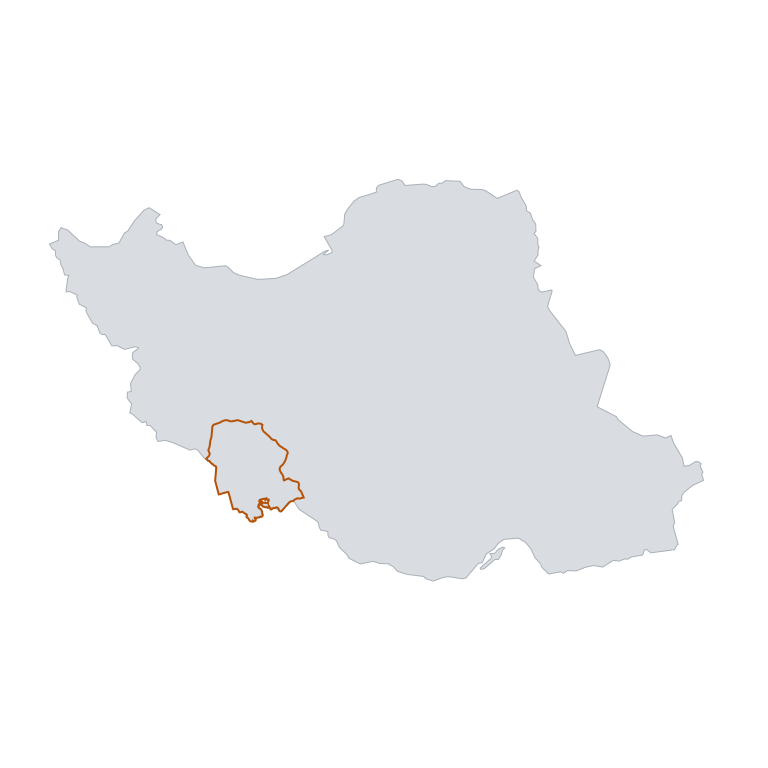 Iran, with Khuzestan highlighted, rotated 344°
{"feature_id": "IRN-3219", "entity_name": "Khuzestan", "entity_type": "Province", "adm_level": 1, "iso_a3": "IRN", "parent_name": "Iran", "parent_adm1": "", "projection": "albers", "projection_center": [48.994, 31.501], "detail": "fine", "context": "in_parent", "style": "outline", "palette": "amber", "viewbox_px": 768, "rotation_deg": 344, "n_neighbors": 0, "source": "natural_earth", "source_scale": "10m", "svg_char_len": 7297}
<svg xmlns="http://www.w3.org/2000/svg" viewBox="0 0 768 768"><g transform="rotate(344 384 384)"><path d="M367.1,225.9L374.7,226.0L388.2,220.6L389.4,219.5L393.1,209.9L397.6,205.5L405.6,200.0L410.8,198.0L429.5,197.5L430.7,193.7L433.7,191.5L454.0,191.1L457.3,193.8L458.9,199.0L476.2,202.5L479.8,203.8L484.3,207.4L487.8,208.2L492.0,206.0L494.8,207.0L499.2,205.5L512.9,210.1L515.2,215.9L517.8,218.4L521.0,220.6L532.0,224.2L535.3,226.6L544.0,236.8L565.3,234.3L566.9,236.5L567.1,241.3L569.8,252.4L568.7,256.7L571.8,260.1L572.2,267.1L573.9,271.9L572.2,279.0L569.8,280.6L571.9,286.5L570.3,292.6L570.8,294.8L568.0,300.1L568.0,302.0L562.2,307.2L567.5,313.5L560.7,314.6L557.0,322.3L559.1,330.7L558.4,335.2L559.3,337.6L561.3,339.2L570.9,339.8L571.3,340.9L562.5,354.5L563.5,359.2L573.4,383.7L573.6,396.4L575.9,409.3L600.6,410.4L603.7,413.3L606.3,420.3L606.8,425.7L606.4,428.6L582.6,464.6L598.4,479.5L599.4,483.1L609.7,498.1L618.6,505.5L632.9,508.3L639.9,513.6L645.7,512.6L646.1,520.8L650.5,537.5L649.7,545.6L654.8,546.5L662.2,544.4L665.1,545.6L666.9,548.2L665.2,550.0L666.3,556.6L664.6,558.3L664.6,564.7L653.3,566.4L643.1,570.5L639.6,573.3L637.9,578.1L634.4,578.1L633.5,580.0L626.4,584.0L625.2,597.2L622.7,600.6L622.6,619.3L620.9,619.7L617.6,623.3L593.8,619.8L591.0,615.6L588.6,615.1L585.6,619.7L573.8,618.4L570.0,619.6L567.4,618.5L561.2,619.0L556.0,616.8L543.6,620.2L535.5,616.3L527.2,615.7L517.1,616.6L508.7,613.9L504.4,615.5L502.3,613.3L489.9,612.0L485.3,604.0L484.9,599.9L481.4,592.9L479.6,582.5L476.3,575.1L470.7,569.2L456.6,566.4L449.5,568.8L444.4,572.8L435.7,575.4L429.2,582.8L425.2,582.5L409.5,592.9L406.0,593.0L393.5,587.2L388.0,586.2L377.0,587.0L370.7,582.9L369.0,579.9L354.4,573.7L345.4,567.9L342.5,562.2L338.5,558.1L329.8,555.0L324.8,551.5L311.5,550.4L302.0,541.6L301.8,538.6L296.1,528.7L295.0,521.5L293.8,519.6L289.1,516.7L288.4,514.7L289.3,510.1L283.3,507.4L282.4,505.1L282.4,498.1L267.9,481.2L265.0,471.8L262.3,471.4L249.8,477.7L246.1,474.2L235.0,468.2L233.5,466.0L236.2,464.8L239.0,465.9L240.7,464.6L240.0,462.6L237.2,461.4L233.5,461.5L234.5,463.4L231.0,465.2L230.2,467.5L231.0,474.6L229.6,476.6L223.7,477.7L220.0,480.0L216.7,477.4L215.8,472.2L213.7,468.9L210.7,467.7L208.4,464.4L204.5,462.7L204.5,444.9L194.9,444.3L195.0,430.8L199.5,417.4L190.5,405.2L186.6,395.8L184.1,394.1L179.4,394.2L163.9,381.4L158.4,378.0L150.9,376.9L150.1,372.5L152.1,367.7L148.7,361.2L147.6,359.3L144.6,358.5L144.9,354.5L140.9,354.6L133.7,343.4L131.6,341.8L136.0,333.6L133.2,326.7L135.2,321.1L139.0,321.5L140.4,313.9L147.4,306.3L153.4,303.1L154.1,300.8L153.0,296.5L149.3,291.1L150.0,286.7L151.2,284.5L157.5,282.2L157.9,281.3L155.0,279.6L144.1,279.2L138.4,273.8L132.9,272.3L130.0,260.7L129.0,259.2L126.5,258.7L124.9,256.6L124.3,248.8L120.6,245.3L117.9,233.8L117.8,231.0L118.9,228.6L113.1,223.4L112.6,215.8L113.9,214.1L107.2,208.4L104.2,208.0L103.9,207.0L109.0,195.5L111.0,192.9L107.0,191.0L107.2,185.2L106.3,180.3L106.9,175.7L104.3,172.3L103.7,170.3L104.9,165.2L102.3,162.6L101.1,157.2L110.9,156.1L113.0,148.0L116.6,144.7L122.5,148.9L130.6,162.6L135.7,166.6L139.4,171.2L157.7,176.4L161.7,175.0L168.0,175.4L176.1,167.4L179.8,166.4L189.2,158.3L200.9,150.9L206.8,149.8L215.4,159.4L210.4,162.3L209.5,164.7L210.1,167.1L214.0,169.5L214.5,172.2L213.1,173.6L208.0,175.0L206.5,177.7L212.1,182.2L214.8,185.9L217.8,186.9L222.4,192.8L229.9,192.0L231.4,206.2L235.6,218.0L243.5,222.9L264.1,226.6L266.4,228.9L269.9,235.3L275.3,239.8L291.5,248.7L309.2,252.7L320.9,252.1L363.7,240.1L367.8,239.9L361.4,242.8L363.9,243.9L369.4,243.6L370.7,242.5L370.8,240.8L367.1,225.9ZM452.2,576.2L449.6,580.5L445.5,584.1L442.2,583.3L429.6,589.1L426.2,589.0L425.6,587.5L439.5,580.8L440.0,579.2L439.0,576.2L443.6,577.2L448.6,574.3L452.8,573.4L454.9,575.0L452.2,576.2Z" fill="#d9dde1" stroke="#a8b0b8" stroke-width="1"/><path d="M210.6,467.8L210.2,467.7L209.9,467.6L209.7,467.3L209.5,467.0L209.3,465.5L209.0,464.8L208.7,464.1L208.2,463.6L207.9,463.4L207.6,463.2L204.5,462.8L204.4,461.7L204.7,445.3L204.6,444.9L204.3,444.7L194.7,444.6L194.9,436.4L195.0,430.5L199.6,418.5L199.8,417.7L199.7,417.0L199.3,416.4L198.2,415.5L197.7,415.0L197.6,414.8L197.5,414.2L197.3,413.8L197.1,413.6L196.6,413.3L196.4,413.0L195.4,411.1L195.2,410.5L195.0,409.9L193.9,409.4L193.5,408.9L192.9,407.4L192.5,406.8L193.2,406.5L196.3,404.6L197.3,402.9L197.0,400.7L197.0,399.0L199.1,396.1L201.8,389.9L203.4,387.7L207.4,377.4L209.0,376.2L216.0,375.8L218.0,375.2L221.1,375.0L224.0,375.9L225.5,377.3L227.3,377.9L233.6,378.5L240.3,383.1L244.3,383.5L246.4,383.0L247.8,386.4L249.3,387.3L251.8,387.1L254.7,388.2L255.9,389.8L255.3,390.7L254.5,393.3L254.7,394.3L255.1,396.3L259.5,403.2L260.5,405.5L261.2,406.4L261.9,406.9L262.3,407.4L263.7,407.8L264.2,408.3L264.6,409.2L265.4,412.0L266.3,414.0L267.2,415.4L268.6,416.7L269.2,417.7L271.7,420.3L272.5,422.2L272.5,423.8L270.9,425.8L269.9,427.8L268.0,430.4L264.6,433.6L262.3,434.6L261.3,435.3L260.6,436.3L260.1,437.4L260.2,439.4L261.6,444.2L261.7,445.6L261.5,446.1L261.4,447.1L261.1,448.2L261.3,449.1L266.3,448.4L267.5,449.9L269.8,452.1L272.6,453.6L274.3,454.8L274.8,456.5L273.2,460.6L273.4,462.3L274.3,463.4L274.9,465.6L275.5,471.0L270.9,470.8L269.2,470.0L266.2,470.5L264.3,471.5L263.5,471.2L262.5,471.1L261.4,471.3L260.3,471.6L251.1,477.6L250.1,478.1L249.1,477.9L248.3,476.7L248.2,476.1L248.2,474.6L247.9,474.0L247.7,473.7L247.5,473.4L247.2,473.2L246.9,473.0L246.7,473.0L246.0,472.9L245.7,473.0L245.1,473.1L244.7,473.2L244.4,473.1L244.0,472.8L243.7,472.7L243.1,472.8L242.0,473.3L241.4,473.4L240.6,473.4L240.3,473.1L240.4,471.7L239.9,471.3L239.8,471.1L239.8,470.9L239.8,470.4L239.8,470.1L239.9,469.9L239.9,469.7L239.6,469.5L239.4,470.0L239.1,470.6L238.7,471.0L238.2,471.1L237.6,470.7L237.4,470.3L237.1,470.0L236.5,469.9L235.9,469.7L233.9,468.5L233.5,468.2L233.3,467.1L232.8,466.4L232.0,466.0L231.1,465.7L231.4,465.2L231.9,465.0L233.1,465.2L233.7,465.2L234.7,464.9L235.2,464.8L235.8,464.9L237.0,465.6L237.4,465.7L238.1,465.8L238.6,466.0L239.0,466.4L239.4,466.9L239.5,466.4L240.1,465.4L241.0,464.3L241.1,464.0L241.2,463.4L240.5,463.5L240.1,463.2L239.8,462.7L239.6,461.5L239.3,461.6L238.8,462.1L238.3,462.5L238.4,462.0L238.4,461.9L238.5,461.8L238.3,461.4L238.1,461.4L237.8,461.7L237.3,461.8L237.2,461.6L236.8,461.2L236.6,461.1L236.2,461.3L235.4,461.2L234.9,461.0L234.4,461.0L233.9,461.3L232.9,461.1L232.0,461.7L231.8,462.4L232.6,462.7L233.5,462.9L234.3,463.4L234.5,464.0L233.9,464.6L233.4,464.6L231.8,464.3L231.5,464.4L229.9,465.9L229.8,466.1L229.5,466.5L229.4,466.9L229.7,467.2L229.6,467.5L229.4,467.7L229.3,467.9L229.5,468.7L230.0,469.2L230.6,469.6L231.1,470.2L231.3,470.8L231.5,471.5L231.7,473.1L231.6,473.5L231.4,474.2L231.3,474.6L231.3,475.0L231.5,475.6L231.5,476.0L231.3,476.7L230.9,477.3L230.4,477.7L229.8,477.9L227.8,477.6L227.3,477.9L226.7,477.6L224.6,477.6L223.4,476.9L222.9,476.8L222.8,477.4L223.0,477.8L223.4,478.4L223.4,478.9L223.3,479.2L223.1,479.5L222.9,479.8L222.6,479.9L221.9,480.1L219.8,479.9L219.8,479.7L219.6,479.9L219.6,480.0L219.4,479.9L218.5,479.6L218.0,479.4L217.6,479.0L217.4,478.8L217.3,478.6L217.0,477.9L217.0,477.5L216.4,475.8L216.2,475.4L215.6,474.7L215.2,473.9L215.2,473.7L215.2,473.3L215.5,473.0L215.8,472.8L216.0,472.5L216.1,472.1L216.0,471.8L215.9,471.4L215.7,471.1L214.5,470.1L213.6,469.0L213.0,468.0L212.7,467.7L212.4,467.6L212.0,467.6L210.9,467.8L210.6,467.8Z" fill="none" stroke="#b45309" stroke-width="2"/></g></svg>